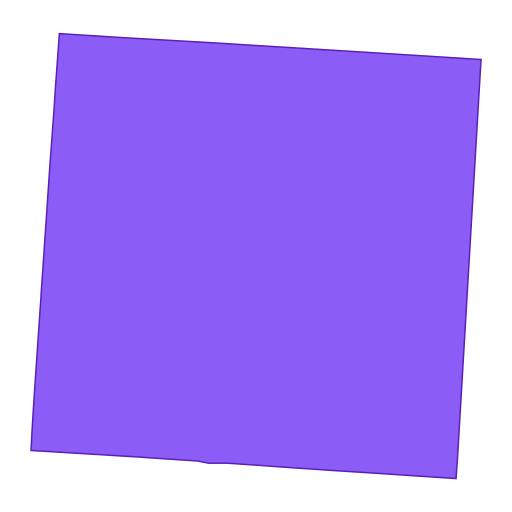 Dallas, Texas, United States of America, rotated 273°
{"feature_id": "52423323B35177303918175", "entity_name": "Dallas", "entity_type": "district", "adm_level": 2, "iso_a3": "USA", "parent_name": "United States of America", "parent_adm1": "Texas", "projection": "albers", "projection_center": [-96.837, 32.767], "detail": "fine", "context": "isolated", "style": "filled", "palette": "violet", "viewbox_px": 512, "rotation_deg": 273, "n_neighbors": 0, "source": "geoboundaries", "source_scale": "gbopen_adm2", "svg_char_len": 580}
<svg xmlns="http://www.w3.org/2000/svg" viewBox="0 0 512 512"><g transform="rotate(273 256 256)"><path d="M467.8,48.0L413.5,46.9L389.6,46.6L333.5,45.4L280.1,44.6L264.2,44.3L235.5,43.9L206.7,43.4L202.6,43.4L109.6,41.9L92.3,41.7L84.1,41.6L67.5,41.5L50.0,41.5L49.1,148.6L48.7,173.5L48.5,188.6L48.2,208.4L46.6,219.5L47.6,238.0L47.2,263.4L47.2,263.7L46.3,310.4L46.1,327.7L45.8,344.1L45.8,344.4L45.5,373.4L44.2,467.4L64.4,467.8L458.4,470.4L464.0,470.5L466.4,228.1L466.6,211.1L466.9,150.3L467.1,110.9L467.7,56.4L467.8,48.0Z" fill="#8b5cf6" stroke="#5b21b6" stroke-width="1.5"/></g></svg>